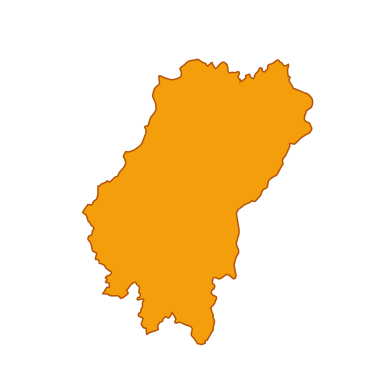 SVG path tracing the border of Orel, rotated 284°
{"feature_id": "RUS-2366", "entity_name": "Orel", "entity_type": "Region", "adm_level": 1, "iso_a3": "RUS", "parent_name": "Russia", "parent_adm1": "", "projection": "natural_earth1", "projection_center": [36.297, 52.785], "detail": "fine", "context": "isolated", "style": "filled", "palette": "amber", "viewbox_px": 384, "rotation_deg": 284, "n_neighbors": 0, "source": "natural_earth", "source_scale": "10m", "svg_char_len": 5972}
<svg xmlns="http://www.w3.org/2000/svg" viewBox="0 0 384 384"><g transform="rotate(284 192 192)"><path d="M322.2,165.5L320.3,171.0L320.1,172.1L320.2,173.7L320.0,174.2L318.5,175.5L318.1,176.9L322.1,179.4L322.5,180.4L320.8,181.1L319.3,182.9L317.9,183.7L317.7,184.1L317.7,184.7L318.8,186.1L319.6,186.6L322.0,187.6L324.3,189.2L325.4,190.6L325.5,191.6L325.5,192.3L324.9,193.8L323.8,195.2L321.9,196.4L318.1,197.6L317.1,198.3L316.6,199.1L316.6,199.6L317.4,201.0L317.8,202.0L318.1,204.4L318.5,205.4L319.6,207.0L319.9,207.9L319.6,208.8L318.2,209.3L315.3,208.9L314.3,209.1L313.2,210.2L313.0,211.2L312.7,211.7L312.3,212.0L310.7,212.0L312.1,213.9L315.5,216.6L316.2,216.7L316.9,216.0L318.0,216.0L319.8,218.4L320.0,219.2L320.0,219.7L319.6,219.9L318.1,220.2L317.8,220.4L317.5,222.1L316.9,222.8L316.8,223.2L316.9,224.0L317.8,224.5L321.3,224.8L322.3,225.2L324.4,226.6L325.5,227.1L327.4,227.2L328.4,227.6L329.1,228.5L329.1,229.8L328.5,230.3L327.0,230.6L326.3,231.1L326.0,232.2L326.0,233.1L326.2,233.5L329.5,235.5L332.3,235.0L333.8,235.4L335.1,237.1L335.6,238.3L336.1,239.0L340.1,242.2L341.0,243.7L340.6,244.6L339.3,245.7L339.2,247.6L338.7,248.4L337.4,249.5L336.8,251.4L337.0,252.3L339.1,254.6L337.8,255.2L334.8,255.1L332.7,255.3L329.1,256.7L328.0,257.3L327.5,257.8L327.3,259.3L327.0,259.4L324.7,259.1L323.6,259.4L322.1,260.4L320.1,262.6L317.1,265.3L316.8,268.8L315.5,276.8L315.3,279.9L314.4,282.3L312.2,285.2L311.2,286.2L308.5,287.3L305.7,287.7L303.3,287.3L302.3,286.8L299.2,283.8L298.2,283.5L292.8,283.0L289.9,283.2L288.2,284.9L287.7,286.8L287.5,288.6L287.2,289.4L282.9,292.8L281.3,293.0L278.2,291.9L277.1,291.1L275.9,289.4L270.8,284.6L264.4,280.8L263.6,280.0L263.1,279.4L263.1,276.6L262.7,275.0L260.1,275.8L258.8,275.7L250.3,274.0L248.7,273.5L247.1,272.4L244.6,272.2L243.3,272.5L241.5,273.4L240.7,273.5L240.2,273.4L238.9,272.7L230.0,270.5L229.0,270.1L224.9,265.8L222.3,264.0L220.6,263.5L217.1,263.8L215.0,263.8L214.1,263.3L211.7,260.8L210.1,259.9L206.3,259.5L204.3,258.9L198.8,255.9L198.0,255.1L197.9,254.8L197.9,252.3L197.5,251.9L196.0,250.8L192.5,246.2L186.3,241.2L184.5,240.6L181.5,240.4L166.9,246.7L162.9,247.7L153.5,247.3L152.8,247.5L150.9,248.3L147.5,250.9L145.2,251.8L143.6,251.9L141.0,251.0L138.3,250.5L131.9,250.4L130.1,251.0L121.5,255.0L119.3,254.9L118.4,254.5L118.1,254.0L117.9,253.4L118.1,252.4L120.2,248.4L120.5,246.3L120.3,245.6L120.1,245.1L115.8,241.6L114.4,239.9L114.1,238.6L114.7,236.3L114.5,234.6L114.0,233.8L112.7,233.3L112.0,233.2L108.7,233.8L107.9,234.7L107.5,235.8L106.8,236.6L105.4,237.0L103.5,236.8L103.1,236.6L102.7,235.9L102.2,235.5L101.4,235.2L99.4,235.0L98.6,235.2L98.0,235.5L96.8,237.7L96.4,240.6L95.9,241.2L95.5,241.5L95.0,241.5L89.2,240.8L88.2,240.4L85.1,238.6L84.3,238.3L83.7,238.4L81.5,239.8L79.7,240.7L78.0,242.3L75.8,242.5L72.8,244.8L71.1,245.3L66.7,245.3L62.8,245.9L61.2,245.2L52.0,242.6L50.6,240.7L49.7,240.7L48.7,241.4L48.4,241.3L46.3,238.2L46.2,237.6L46.4,236.6L46.2,234.3L46.4,233.8L48.9,231.1L51.2,228.3L52.6,226.1L54.2,225.6L59.1,225.4L60.1,224.7L60.9,223.5L61.3,222.0L61.5,218.3L62.7,211.9L62.4,210.7L61.1,208.9L61.0,208.3L61.1,207.2L61.4,206.8L61.9,206.6L64.4,207.2L65.1,207.0L65.9,206.5L70.1,202.0L65.3,200.6L64.0,199.7L64.0,198.8L64.6,197.3L64.6,196.7L64.3,196.2L62.0,194.8L61.3,194.6L59.6,194.7L59.1,194.4L58.2,192.8L57.0,192.0L54.0,191.0L53.1,191.2L51.4,192.3L50.6,192.4L50.2,192.2L49.8,192.0L44.9,184.3L43.2,183.1L43.0,182.8L43.2,182.5L44.0,182.0L48.7,180.4L49.0,179.8L48.4,179.0L48.5,178.0L49.1,177.1L50.7,175.3L51.6,174.7L52.3,174.6L53.3,174.9L57.6,174.9L58.1,174.2L58.1,172.4L58.9,170.0L59.3,169.7L59.8,169.6L61.3,169.8L62.7,170.9L63.2,171.1L63.9,171.2L66.6,170.9L67.3,171.4L68.0,171.6L68.9,171.6L73.0,170.7L73.5,170.7L75.3,171.3L75.8,171.2L76.2,170.9L76.3,170.1L75.6,168.2L74.4,166.4L74.2,165.7L74.3,165.1L75.2,164.6L76.2,164.8L76.8,165.3L77.1,166.6L77.4,166.8L79.9,166.7L80.8,166.5L81.4,164.9L81.8,164.7L86.6,164.1L87.6,163.3L88.7,161.0L89.2,160.4L90.5,159.6L90.7,159.2L90.6,158.5L89.8,157.2L87.2,155.1L81.2,152.7L80.6,152.6L79.7,153.0L78.7,154.6L77.8,154.3L76.3,153.4L73.1,150.8L72.1,149.5L71.6,148.6L73.0,146.1L73.3,144.7L71.8,139.2L71.7,137.4L72.4,135.0L72.5,134.0L71.7,130.1L78.6,132.3L79.1,133.0L79.4,134.7L80.9,134.6L82.8,133.8L83.5,133.2L83.7,132.7L83.4,131.0L83.5,130.2L83.7,129.9L84.3,129.9L86.0,130.7L86.6,130.8L87.0,130.4L87.5,128.9L87.9,128.7L88.5,128.8L89.7,129.8L90.8,130.9L91.5,132.3L92.1,132.9L93.5,133.3L94.7,133.2L95.4,132.1L95.7,130.2L96.9,128.1L97.3,127.0L97.7,126.5L98.6,125.9L99.6,124.8L100.5,121.6L100.5,120.7L100.2,119.9L100.4,119.5L100.8,119.1L103.1,118.1L103.4,117.7L103.6,116.9L103.2,115.2L103.3,114.8L103.7,114.5L105.3,114.3L108.7,114.5L109.6,114.2L110.6,110.1L112.1,109.0L117.4,106.5L118.5,105.6L120.5,102.8L121.5,102.3L123.4,102.3L124.0,102.5L124.4,102.8L125.9,104.8L126.8,105.2L129.9,104.8L130.9,105.0L132.3,105.6L132.9,105.6L133.5,105.2L134.4,104.3L135.3,102.2L137.7,100.1L138.2,98.7L138.8,98.2L142.8,95.8L144.1,94.5L145.0,92.8L145.5,91.0L147.5,91.2L154.6,94.0L154.9,95.6L155.0,97.8L155.3,98.1L158.7,98.7L159.9,99.3L161.0,100.4L162.6,101.3L166.5,101.3L173.8,99.7L174.8,99.2L175.2,100.6L175.8,101.1L176.7,101.3L177.8,102.1L180.8,106.2L182.2,106.8L181.8,109.7L184.4,111.7L187.6,113.5L189.0,115.5L190.0,116.3L193.3,116.7L198.4,119.4L200.5,120.2L202.5,120.6L204.0,120.6L205.5,120.2L207.4,119.0L209.0,117.4L209.8,116.9L210.8,116.8L214.6,117.7L215.1,118.0L215.4,118.6L215.3,120.0L215.5,120.8L218.5,125.6L224.4,130.5L227.4,131.7L237.5,133.0L239.8,132.7L241.3,132.3L243.4,130.4L244.2,130.5L245.9,133.3L253.1,133.7L255.2,134.1L258.4,135.8L260.5,136.6L263.1,137.1L265.5,136.6L268.3,135.6L270.3,134.6L272.0,133.1L275.0,130.9L276.1,130.5L280.0,130.3L282.7,130.6L284.1,131.0L285.9,132.1L288.4,134.0L289.6,134.2L296.3,131.8L296.7,132.1L297.0,132.6L297.0,133.9L296.2,137.3L295.8,143.3L295.9,144.5L296.5,146.7L298.7,150.6L301.1,153.3L304.5,153.1L305.8,152.6L308.0,151.0L308.8,150.5L310.3,151.1L313.1,153.5L317.2,156.1L318.7,157.9L320.6,162.5L322.2,165.5Z" fill="#f59e0b" stroke="#b45309" stroke-width="1.5"/></g></svg>